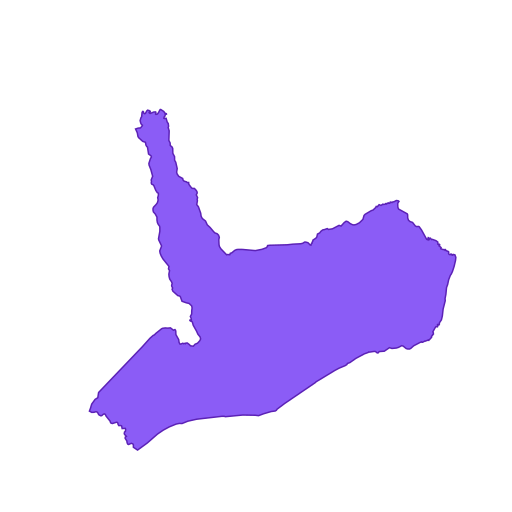 outline of Viqueque, Viqueque, East Timor, rotated 348°
{"feature_id": "22284137B80785204174249", "entity_name": "Viqueque", "entity_type": "district", "adm_level": 2, "iso_a3": "TLS", "parent_name": "East Timor", "parent_adm1": "Viqueque", "projection": "robinson", "projection_center": [126.369, -8.837], "detail": "fine", "context": "isolated", "style": "filled", "palette": "violet", "viewbox_px": 512, "rotation_deg": 348, "n_neighbors": 0, "source": "geoboundaries", "source_scale": "gbopen_adm2", "svg_char_len": 6074}
<svg xmlns="http://www.w3.org/2000/svg" viewBox="0 0 512 512"><g transform="rotate(348 256 256)"><path d="M99.8,421.2L110.8,416.3L122.6,409.7L129.2,407.0L135.7,405.1L142.9,403.8L146.2,403.8L148.8,404.5L155.0,403.4L164.0,403.3L189.2,405.7L191.6,406.2L192.6,406.8L210.0,408.8L222.1,411.6L225.3,412.7L230.6,411.9L238.5,411.3L242.6,411.6L243.9,411.1L244.8,410.2L253.4,406.2L287.6,392.2L288.7,391.5L309.4,384.3L313.9,383.0L320.3,381.8L322.3,381.1L323.1,380.1L325.6,379.8L332.4,376.9L341.7,374.2L345.6,373.7L346.2,373.3L347.0,373.6L351.8,373.9L352.9,374.2L354.4,376.0L355.2,376.2L356.7,375.1L361.7,375.8L367.5,373.4L369.7,374.7L374.1,375.2L376.4,375.0L379.9,374.0L381.2,374.7L383.6,377.7L384.8,378.4L386.7,378.9L388.1,378.6L391.6,376.6L398.8,374.6L400.2,374.4L400.4,374.9L401.1,375.0L403.5,374.3L403.7,374.5L407.0,374.0L406.9,374.3L407.3,374.4L407.4,373.9L408.1,374.0L410.0,372.7L411.0,371.8L410.9,371.2L411.4,370.7L412.3,370.2L412.4,369.6L413.3,369.3L413.5,367.9L413.2,367.0L416.3,363.4L417.3,362.5L418.8,363.0L419.4,361.9L419.1,361.3L419.3,360.8L419.7,360.7L420.2,361.4L420.7,361.4L421.2,360.8L421.5,359.5L424.1,357.0L425.8,353.4L428.0,346.8L431.8,339.1L432.1,336.9L433.8,332.9L435.8,326.5L437.5,323.8L439.5,319.3L442.1,315.3L443.3,314.2L445.0,311.9L447.6,307.4L450.2,301.9L451.2,298.9L450.8,296.2L449.1,295.4L448.7,295.6L448.5,296.1L448.0,296.0L447.4,294.7L446.9,294.6L446.1,295.1L445.2,294.5L444.9,293.6L445.3,292.3L445.2,291.7L443.1,290.3L442.6,289.2L442.0,289.6L441.3,288.7L440.5,288.7L438.2,287.3L438.8,286.2L438.1,285.4L437.8,284.4L437.3,284.4L437.2,283.8L438.0,283.0L437.7,282.6L436.4,282.3L436.7,280.1L435.2,278.4L432.0,276.4L431.1,276.4L430.3,274.8L429.2,274.8L429.0,275.7L428.5,276.1L428.4,275.6L428.7,274.6L428.6,274.0L428.3,273.8L427.2,275.7L426.4,275.2L423.3,264.9L421.7,261.3L421.2,260.9L419.2,260.6L418.1,259.8L416.1,255.7L413.9,254.4L412.6,252.7L412.3,250.4L412.9,247.2L412.7,246.2L405.2,239.7L404.9,237.7L405.5,234.3L405.8,233.7L407.2,232.3L406.5,231.5L404.8,230.9L402.3,231.6L400.6,231.6L400.1,232.0L399.2,231.3L398.5,231.2L397.8,232.2L396.8,232.0L396.5,231.6L396.1,231.9L395.4,231.6L394.6,232.3L393.7,231.7L393.1,232.2L390.9,232.0L390.8,231.7L388.8,232.5L387.1,231.4L384.9,233.0L383.9,232.5L383.1,233.5L380.0,235.4L378.2,235.6L371.4,237.9L370.1,238.8L368.2,242.4L364.1,245.0L360.5,246.0L358.3,246.0L356.8,245.4L354.8,243.8L352.9,241.5L351.4,240.7L349.3,241.6L345.4,244.4L343.6,243.3L336.4,245.3L332.4,245.1L331.4,244.0L328.4,244.4L326.9,244.3L324.8,245.2L323.0,246.7L320.7,247.3L319.4,250.1L318.3,251.0L315.0,252.3L314.5,253.6L313.6,254.3L313.6,255.0L312.4,255.9L312.0,256.8L311.3,256.5L309.6,253.8L307.5,252.7L306.4,252.5L304.3,253.3L302.1,253.3L294.6,252.1L288.7,251.5L271.4,248.3L269.5,248.2L269.3,248.8L268.0,250.0L263.3,250.7L256.5,250.6L244.2,246.8L239.7,245.8L238.2,245.7L236.3,246.1L232.9,247.9L231.4,248.0L230.6,249.3L228.3,248.6L227.5,248.7L223.1,241.6L222.2,239.1L222.2,237.1L223.0,232.4L224.0,230.1L223.7,227.8L222.6,226.1L220.5,224.8L219.4,223.0L217.0,218.5L214.8,215.4L213.9,211.3L211.4,208.3L210.9,207.0L210.6,205.5L210.8,202.6L209.9,195.8L208.7,193.4L210.2,189.7L210.2,188.3L211.0,186.8L210.3,183.8L211.6,182.1L211.6,180.6L210.9,178.9L209.8,177.1L208.0,176.7L207.1,176.0L205.2,171.9L205.4,170.1L204.1,169.9L203.4,169.0L201.2,167.8L200.4,166.4L200.4,164.9L197.0,162.0L195.9,159.3L195.8,157.5L197.1,154.1L197.0,147.6L196.3,145.4L197.0,141.9L196.0,138.3L196.9,133.5L196.6,132.0L195.1,130.0L195.5,127.6L194.8,124.8L197.1,115.5L196.8,112.0L197.5,110.9L197.7,108.1L197.0,106.6L196.7,102.6L195.0,102.5L194.5,102.1L195.0,101.0L196.1,100.1L196.6,98.8L197.9,98.6L197.9,98.2L196.5,97.2L195.9,95.5L193.3,92.9L192.8,92.8L192.4,93.1L190.5,95.4L189.0,96.7L187.6,96.7L187.3,96.4L187.9,94.8L187.8,94.2L185.9,93.9L182.2,94.6L181.8,94.4L181.2,93.6L181.5,93.2L182.3,93.2L182.7,92.5L181.7,91.5L180.3,90.8L179.3,91.4L177.5,93.5L176.8,93.7L175.8,92.8L175.9,91.6L175.6,91.1L175.2,91.0L174.4,91.9L173.1,96.0L172.1,97.0L170.8,99.5L170.9,102.1L171.3,103.5L172.1,104.5L171.8,105.0L169.7,106.7L167.3,106.4L164.6,106.7L165.5,110.8L165.4,114.7L165.9,116.0L169.0,120.3L171.5,121.8L171.4,124.6L171.9,126.2L172.5,126.9L172.1,133.9L174.1,136.1L174.3,137.4L173.0,138.8L170.5,143.1L170.3,144.8L171.1,149.6L171.5,156.5L169.3,159.8L169.2,161.7L168.7,162.7L168.9,164.0L170.3,165.1L170.7,165.9L171.6,170.9L172.6,173.5L173.4,174.1L173.5,174.9L172.8,177.1L172.0,178.3L171.9,180.9L171.2,182.3L170.6,183.4L169.2,184.7L166.0,186.9L165.2,188.0L164.8,189.6L164.8,191.5L166.2,194.0L167.2,197.4L166.6,200.3L166.5,202.8L166.9,204.6L167.9,206.8L167.9,207.9L167.1,211.8L164.2,218.9L164.2,220.1L165.7,226.3L165.4,227.2L162.9,231.0L162.8,233.3L163.3,236.2L164.4,239.6L168.7,248.1L167.7,250.4L168.4,252.3L167.0,255.6L166.7,258.0L166.8,260.6L168.0,263.6L168.3,265.4L167.4,267.1L167.3,268.0L167.8,270.0L167.0,271.1L167.4,273.2L171.3,278.5L172.9,279.2L173.5,279.9L174.2,284.9L178.1,287.3L180.7,288.5L182.7,291.4L182.7,293.5L181.8,296.0L181.0,299.4L179.2,301.5L179.6,303.5L179.5,305.0L178.1,304.9L177.9,305.4L178.8,306.3L179.2,306.3L180.0,307.4L180.2,310.7L182.2,317.1L182.9,320.4L184.5,323.5L184.6,325.6L183.5,327.1L181.3,328.7L180.5,329.2L178.1,329.6L175.9,331.2L173.2,330.2L172.5,328.9L170.7,326.8L169.2,326.6L168.7,327.1L167.9,326.6L167.0,326.8L166.3,326.1L164.3,326.5L163.3,326.3L162.8,324.6L163.0,321.7L161.3,316.2L161.9,312.8L161.8,311.8L161.4,311.1L159.8,311.4L157.4,308.5L154.6,308.2L152.3,307.5L149.5,307.3L148.4,307.6L141.7,311.0L140.3,312.0L138.9,312.3L135.2,314.4L125.7,321.3L73.9,356.6L73.6,356.9L71.8,361.7L68.8,362.8L64.5,366.7L62.5,370.4L60.8,373.1L62.8,374.8L65.1,375.2L67.1,375.0L67.6,375.3L68.5,376.0L69.1,378.3L69.6,379.0L71.1,380.1L72.1,380.0L73.8,379.0L75.2,379.0L75.9,380.3L76.0,381.3L79.0,387.3L79.0,388.2L79.4,389.3L80.7,390.0L84.9,389.6L85.7,389.9L86.1,390.6L86.1,392.2L86.6,393.4L88.4,393.7L89.2,394.2L89.2,397.0L92.3,397.4L92.5,398.3L91.8,400.4L90.8,400.8L90.2,402.3L90.3,403.1L91.7,405.5L90.4,406.0L90.1,407.2L91.2,410.0L91.1,411.9L91.4,413.3L92.2,413.9L95.1,413.3L96.4,414.1L96.8,415.1L96.3,417.6L99.8,421.2Z" fill="#8b5cf6" stroke="#5b21b6" stroke-width="1.5"/></g></svg>